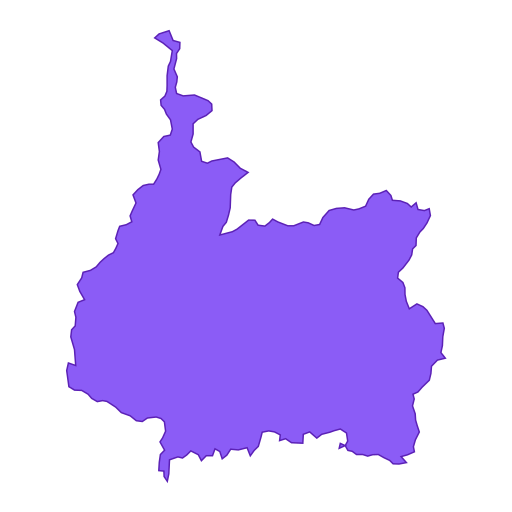 Balsa Nova, Paraná, Brazil (Albers equal-area conic projection)
{"feature_id": "56859067B3442614112454", "entity_name": "Balsa Nova", "entity_type": "district", "adm_level": 2, "iso_a3": "BRA", "parent_name": "Brazil", "parent_adm1": "Paraná", "projection": "albers", "projection_center": [-49.689, -25.488], "detail": "fine", "context": "isolated", "style": "filled", "palette": "violet", "viewbox_px": 512, "rotation_deg": 0, "n_neighbors": 0, "source": "geoboundaries", "source_scale": "gbopen_adm2", "svg_char_len": 3241}
<svg xmlns="http://www.w3.org/2000/svg" viewBox="0 0 512 512"><path d="M445.3,358.2L440.9,352.6L442.4,345.6L442.8,336.7L444.3,328.3L442.9,323.0L435.3,323.6L426.9,310.3L423.0,306.7L416.9,303.9L409.3,308.8L406.3,301.3L405.0,294.5L404.9,287.8L402.9,282.5L397.6,278.1L398.4,272.2L402.9,268.0L409.0,260.1L411.7,254.9L412.6,248.9L416.0,245.5L416.3,237.9L419.9,232.0L423.3,228.5L427.0,222.9L430.4,215.6L429.2,208.7L424.4,210.6L418.0,209.5L416.1,202.8L411.2,207.0L407.4,203.5L400.3,200.9L392.4,200.3L390.9,195.5L386.3,190.5L379.7,193.3L373.5,194.1L368.8,199.2L365.6,206.2L358.9,208.9L353.8,210.0L344.6,207.8L336.4,208.4L329.1,210.5L322.9,217.5L319.6,224.5L314.1,225.5L308.2,222.8L303.4,222.0L293.7,225.8L287.8,225.8L278.0,222.0L272.6,219.1L269.4,222.6L264.9,226.1L258.1,225.2L254.9,220.2L248.6,220.1L237.0,229.2L232.4,231.7L219.8,235.0L222.9,226.4L226.3,222.3L228.5,215.1L230.2,207.8L230.7,194.4L231.8,187.1L235.2,182.9L240.9,178.0L248.1,172.4L240.3,168.3L234.1,162.0L227.6,157.9L211.8,161.0L207.4,163.2L201.6,161.3L199.9,151.9L193.6,147.1L190.9,142.0L193.1,134.0L193.1,123.8L197.9,119.3L206.1,115.5L212.0,110.6L211.7,104.1L208.1,100.7L194.5,95.0L183.2,95.9L176.6,93.5L175.3,87.3L176.8,81.9L177.3,76.8L173.9,69.0L176.6,58.6L176.5,53.5L179.7,48.7L179.9,42.4L173.1,40.5L169.1,30.7L159.1,33.9L154.7,37.9L163.0,43.0L172.3,50.6L170.5,61.5L168.3,66.1L167.1,75.7L167.1,85.6L166.9,91.3L164.9,96.1L160.6,99.9L161.1,105.3L164.5,109.3L166.4,114.1L170.5,119.8L172.3,129.1L170.3,135.1L163.8,136.5L158.2,142.6L159.4,151.5L158.2,160.0L160.9,169.4L159.2,174.2L157.0,178.8L153.6,184.2L149.0,184.2L143.2,185.5L137.9,189.6L133.0,194.9L136.0,203.0L132.3,210.8L130.1,215.9L131.8,221.8L126.3,224.7L119.7,226.3L118.0,230.7L115.6,238.7L118.0,243.5L115.8,248.4L113.4,252.7L108.5,255.1L104.2,258.5L100.1,262.3L96.2,266.9L90.4,270.4L83.1,272.3L81.7,277.9L77.3,284.6L79.8,291.4L84.6,299.7L78.1,302.3L74.5,311.5L75.9,317.3L75.2,325.9L71.6,329.8L70.8,336.9L72.7,343.4L74.5,349.6L75.7,365.5L68.4,363.0L66.7,370.5L68.9,386.7L74.5,390.1L81.7,390.4L88.1,394.2L91.7,398.4L97.3,401.6L102.6,400.6L106.9,401.4L115.7,407.1L121.3,412.6L130.2,415.8L136.3,420.7L142.3,421.5L147.4,418.0L156.2,417.0L161.0,418.5L164.4,421.8L165.6,431.2L162.6,437.9L160.0,441.9L164.6,450.2L160.4,454.5L159.3,462.2L158.8,470.6L163.9,471.1L164.1,476.5L167.3,481.3L168.8,473.9L169.5,459.8L177.9,456.9L182.5,458.0L186.7,455.0L190.8,450.9L198.3,454.7L201.4,460.7L206.3,455.7L212.5,455.7L215.0,448.8L219.8,451.5L222.2,458.8L226.8,455.2L230.7,449.2L238.3,449.9L247.1,447.7L250.3,455.8L254.2,450.4L258.3,446.4L261.0,437.0L262.2,432.2L268.7,430.9L274.5,431.9L280.3,434.9L279.6,440.6L285.6,438.7L291.5,442.7L302.8,443.2L303.3,434.3L309.7,431.9L316.8,438.1L321.7,434.3L329.9,432.2L334.1,430.7L340.3,429.0L346.5,433.0L347.7,441.1L345.2,445.6L347.9,450.4L352.2,451.3L356.5,454.5L362.7,454.5L367.7,456.1L372.6,454.7L378.3,454.5L384.0,457.7L389.7,460.4L393.1,463.8L399.0,464.0L406.4,462.6L401.1,456.6L407.5,454.8L414.4,451.8L413.4,446.7L415.4,439.8L419.3,432.0L417.1,425.3L415.6,420.1L415.2,413.8L412.5,405.9L414.2,399.0L413.0,394.2L417.9,392.0L422.2,387.1L429.3,380.2L430.9,373.5L431.5,366.2L437.4,360.1L445.3,358.2ZM345.2,445.6L340.3,443.4L339.2,448.3L345.2,445.6Z" fill="#8b5cf6" stroke="#5b21b6" stroke-width="1.5"/></svg>